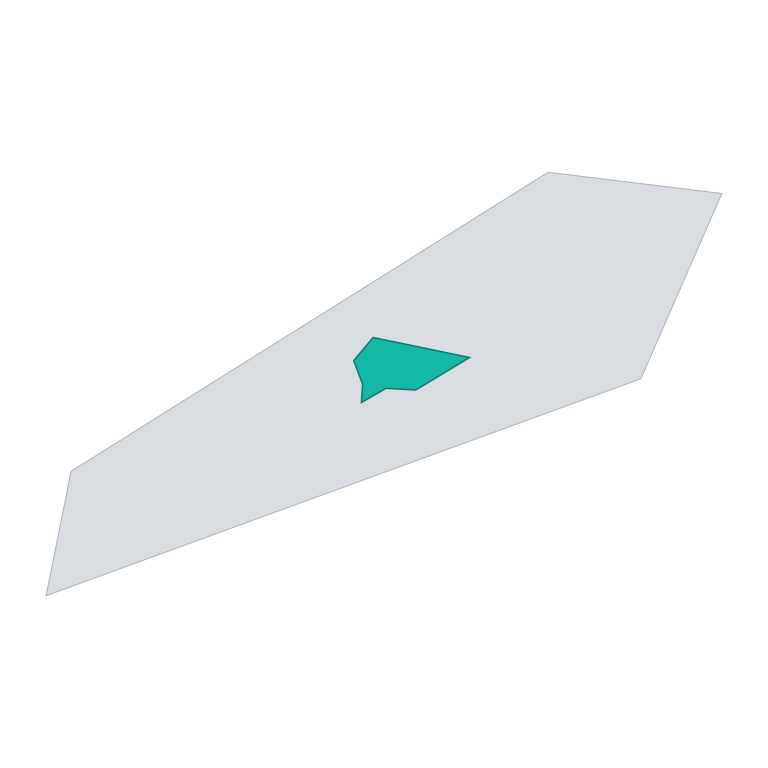 North Hill highlighted on a map of Anguilla
{"feature_id": "AIA-5118", "entity_name": "North Hill", "entity_type": "District", "adm_level": 1, "iso_a3": "AIA", "parent_name": "Anguilla", "parent_adm1": "", "projection": "robinson", "projection_center": [-63.07, 18.224], "detail": "fine", "context": "in_parent", "style": "filled", "palette": "teal", "viewbox_px": 768, "rotation_deg": 0, "n_neighbors": 0, "source": "natural_earth", "source_scale": "10m", "svg_char_len": 360}
<svg xmlns="http://www.w3.org/2000/svg" viewBox="0 0 768 768"><path d="M640.9,378.7L46.1,595.7L71.2,471.2L548.0,172.3L721.9,193.5L640.9,378.7Z" fill="#d9dde1" stroke="#a8b0b8" stroke-width="1"/><path d="M353.7,360.7L373.1,337.5L469.5,357.5L415.8,390.0L386.0,388.3L361.4,402.5L362.6,384.2L353.7,360.7Z" fill="#14b8a6" stroke="#0f766e" stroke-width="1.5"/></svg>